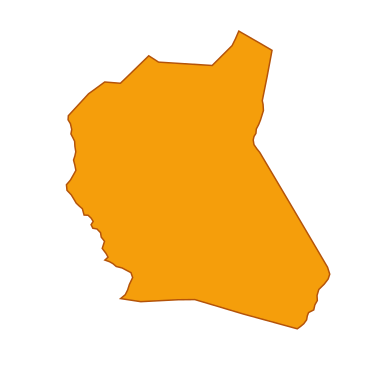 Teofilândia, Bahia, Brazil (Robinson projection), rotated 81°
{"feature_id": "56859067B44789603745472", "entity_name": "Teofilândia", "entity_type": "district", "adm_level": 2, "iso_a3": "BRA", "parent_name": "Brazil", "parent_adm1": "Bahia", "projection": "robinson", "projection_center": [-38.948, -11.473], "detail": "fine", "context": "isolated", "style": "filled", "palette": "amber", "viewbox_px": 384, "rotation_deg": 81, "n_neighbors": 0, "source": "geoboundaries", "source_scale": "gbopen_adm2", "svg_char_len": 1255}
<svg xmlns="http://www.w3.org/2000/svg" viewBox="0 0 384 384"><g transform="rotate(81 192 192)"><path d="M40.4,120.6L47.5,125.1L53.7,129.5L70.2,152.3L58.5,204.7L50.7,213.4L68.9,239.2L73.4,245.7L69.7,261.0L78.8,278.8L97.3,302.2L101.3,303.1L105.5,301.4L111.4,301.0L115.7,302.5L119.6,301.2L123.5,300.0L128.6,300.5L134.1,300.5L138.0,302.0L141.9,304.0L147.2,303.5L152.5,303.3L156.2,306.2L161.2,310.2L165.2,314.9L170.8,315.2L175.9,311.7L181.3,309.5L184.9,308.1L187.8,305.9L191.4,302.9L197.9,302.2L198.7,298.3L202.1,295.7L205.6,294.2L208.5,296.8L212.3,295.6L213.6,291.7L217.9,288.7L222.4,288.7L227.0,286.1L233.7,289.5L239.3,286.5L243.2,285.1L245.6,288.7L248.0,284.3L250.4,281.3L253.7,278.5L256.1,272.9L258.9,269.2L262.1,264.9L267.2,264.0L273.5,268.3L278.7,270.9L283.0,274.0L286.1,279.2L292.3,259.8L296.2,222.9L298.7,206.0L320.5,160.5L343.6,109.4L341.7,105.7L339.6,102.2L336.2,98.8L332.4,97.5L329.3,95.7L327.5,90.2L322.7,88.3L318.8,85.2L313.8,84.7L308.1,82.0L303.6,75.7L299.2,71.1L294.7,68.8L287.5,69.9L218.7,97.0L163.5,118.9L159.5,121.2L154.9,123.4L150.2,123.4L146.9,122.1L144.1,119.7L139.8,118.6L135.8,115.6L131.6,113.1L122.7,108.7L116.5,108.1L112.8,108.3L89.6,99.7L64.6,90.8L57.7,99.2L40.4,120.6Z" fill="#f59e0b" stroke="#b45309" stroke-width="1.5"/></g></svg>